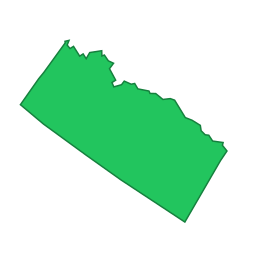 Grimes, Texas, United States of America, rotated 130°
{"feature_id": "52423323B77575058684255", "entity_name": "Grimes", "entity_type": "district", "adm_level": 2, "iso_a3": "USA", "parent_name": "United States of America", "parent_adm1": "Texas", "projection": "natural_earth1", "projection_center": [-96.09, 30.545], "detail": "fine", "context": "isolated", "style": "filled", "palette": "green", "viewbox_px": 256, "rotation_deg": 130, "n_neighbors": 0, "source": "geoboundaries", "source_scale": "gbopen_adm2", "svg_char_len": 726}
<svg xmlns="http://www.w3.org/2000/svg" viewBox="0 0 256 256"><g transform="rotate(130 128 128)"><path d="M82.0,37.4L80.6,44.5L78.0,45.8L83.6,54.8L81.6,61.5L83.6,64.5L83.1,70.2L79.5,74.3L80.9,84.0L83.2,90.8L76.7,110.2L78.3,114.5L83.7,119.6L83.8,128.9L87.4,133.4L86.2,135.7L91.7,145.6L89.6,151.5L92.4,153.7L94.5,161.0L99.0,160.8L105.6,165.3L103.5,169.5L99.3,168.2L94.5,180.3L87.7,180.7L89.2,186.3L87.3,193.0L89.6,194.3L85.7,197.8L94.8,205.8L101.8,204.6L100.1,210.0L104.0,211.2L100.5,222.2L104.4,223.5L103.6,227.9L98.8,229.5L102.1,232.0L103.2,230.8L139.4,228.2L147.5,228.1L179.3,225.4L179.3,202.9L179.3,195.3L175.7,142.5L172.3,100.1L163.5,24.0L93.5,36.2L82.0,37.4Z" fill="#22c55e" stroke="#15803d" stroke-width="1.5"/></g></svg>